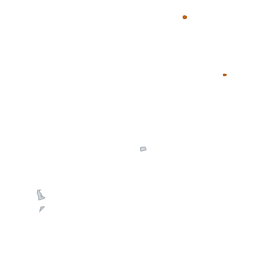 Niuas highlighted on a map of Tonga, rotated 43°
{"feature_id": "TON-4947", "entity_name": "Niuas", "entity_type": "state/province", "adm_level": 1, "iso_a3": "TON", "parent_name": "Tonga", "parent_adm1": "", "projection": "robinson", "projection_center": [-174.598, -15.768], "detail": "fine", "context": "in_parent", "style": "filled", "palette": "amber", "viewbox_px": 256, "rotation_deg": 43, "n_neighbors": 0, "source": "natural_earth", "source_scale": "10m", "svg_char_len": 821}
<svg xmlns="http://www.w3.org/2000/svg" viewBox="0 0 256 256"><g transform="rotate(43 128 128)"><path d="M111.6,237.5L112.1,237.5L112.7,236.3L114.6,235.8L114.4,237.1L111.8,241.4L110.2,239.7L105.5,237.0L104.5,234.9L106.1,233.3L105.9,234.6L106.7,235.2L109.4,235.4L111.8,236.5L110.3,236.9L111.6,237.5ZM154.7,133.5L153.4,136.0L152.7,135.9L151.2,134.5L150.6,133.6L153.0,130.7L154.2,130.5L155.9,131.4L155.8,132.3L154.7,133.5ZM120.5,242.9L120.3,249.0L118.6,246.2L118.4,244.9L120.1,243.0L120.5,242.9Z" fill="#d9dde1" stroke="#a8b0b8" stroke-width="1"/><path d="M94.6,7.0L95.3,7.5L95.1,8.7L94.3,9.6L93.3,9.5L92.6,8.7L92.7,7.9L93.4,7.2L94.6,7.0ZM162.7,22.6L163.2,22.3L163.4,22.3L163.3,22.8L163.0,23.5L162.4,24.1L161.9,24.1L161.6,23.7L161.6,23.4L162.0,23.0L162.7,22.6Z" fill="#f59e0b" stroke="#b45309" stroke-width="1.5"/></g></svg>